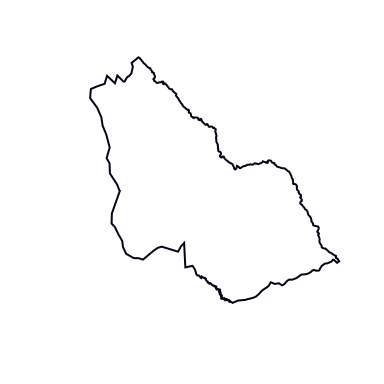 Guruve, Mashonaland Central, Zimbabwe (Equal Earth projection), rotated 143°
{"feature_id": "62879985B94788523957313", "entity_name": "Guruve", "entity_type": "district", "adm_level": 2, "iso_a3": "ZWE", "parent_name": "Zimbabwe", "parent_adm1": "Mashonaland Central", "projection": "equal_earth", "projection_center": [30.574, -16.701], "detail": "fine", "context": "isolated", "style": "outline", "palette": "ink", "viewbox_px": 384, "rotation_deg": 143, "n_neighbors": 0, "source": "geoboundaries", "source_scale": "gbopen_adm2", "svg_char_len": 5995}
<svg xmlns="http://www.w3.org/2000/svg" viewBox="0 0 384 384"><g transform="rotate(143 192 192)"><path d="M226.4,79.1L220.4,77.5L213.9,73.5L212.2,73.1L210.3,72.1L206.1,70.5L203.7,70.0L199.5,70.3L196.5,71.0L194.0,71.1L188.6,70.8L187.0,71.0L183.4,72.5L181.3,68.8L177.5,66.8L176.4,63.4L176.0,63.2L174.4,62.9L172.7,63.0L171.4,63.4L169.9,63.7L167.7,63.7L166.3,63.0L165.1,61.9L164.2,61.5L160.5,60.4L154.2,60.2L150.7,57.9L148.1,56.9L146.3,56.7L144.6,56.6L143.6,56.9L142.8,56.6L141.9,56.7L141.0,55.7L140.5,54.7L138.4,53.1L137.7,52.9L136.8,53.2L134.9,54.2L132.8,54.9L130.9,54.9L129.0,54.8L126.6,53.5L122.8,52.6L121.8,52.6L120.1,53.1L119.6,52.4L119.1,50.4L119.0,48.6L118.7,48.1L116.1,48.1L116.2,49.7L115.8,51.1L116.4,51.8L116.7,52.8L116.0,53.9L115.5,54.2L115.5,54.5L116.4,55.8L117.6,59.7L118.5,61.0L119.4,66.4L120.0,66.8L121.2,68.5L121.5,69.1L121.6,69.9L120.7,71.5L120.6,74.4L120.2,75.6L118.4,77.6L117.7,79.3L117.2,81.6L116.7,82.1L116.0,82.1L115.6,82.5L115.7,83.6L116.0,84.3L115.8,85.0L114.7,85.3L113.7,85.9L112.5,86.9L112.2,87.4L112.2,88.7L114.8,91.7L115.1,92.4L115.0,93.0L114.3,94.1L114.3,96.8L113.4,97.9L112.8,99.7L112.6,99.9L112.6,102.3L112.8,103.2L112.8,103.9L112.1,105.4L111.4,107.8L111.5,108.8L112.0,110.1L111.8,112.4L112.0,114.8L111.9,116.0L112.3,116.6L112.4,117.6L112.2,118.0L111.3,118.8L110.5,119.0L109.6,118.8L109.0,119.8L108.8,120.7L109.0,122.6L108.8,122.7L107.7,122.8L106.9,124.0L106.8,124.6L107.4,125.7L107.4,126.2L107.0,126.9L107.1,127.7L106.4,128.5L106.7,130.7L106.3,131.6L104.7,133.4L104.5,134.0L104.5,135.4L104.8,136.2L106.2,137.3L106.2,137.9L105.5,138.6L104.4,140.8L103.8,141.4L103.9,142.8L103.5,144.1L103.0,145.0L102.2,149.7L102.7,150.7L103.5,154.2L103.9,155.3L104.4,155.5L106.0,157.2L107.4,159.3L107.9,159.8L108.2,160.4L108.8,161.0L108.9,161.5L108.7,163.0L109.4,164.1L109.4,164.5L108.8,165.6L110.2,167.0L110.3,168.3L110.1,169.1L110.2,169.6L111.1,170.6L112.3,171.3L113.3,171.0L113.7,169.9L114.4,169.9L115.1,170.7L115.3,171.5L116.8,173.4L116.9,173.8L118.0,173.5L119.0,173.5L120.7,174.0L122.1,174.2L122.5,174.6L123.5,176.0L124.0,176.1L124.5,177.2L126.8,177.2L127.7,177.8L128.7,179.0L129.4,179.1L131.5,180.5L133.8,180.7L135.0,181.5L135.9,181.7L139.2,182.0L139.5,182.5L139.6,184.0L140.4,185.8L141.7,184.6L142.9,184.0L143.6,183.9L144.2,184.4L144.3,185.1L143.5,186.9L143.0,190.0L143.7,191.7L144.3,192.5L145.6,197.6L145.8,199.7L145.3,200.7L145.3,201.1L145.7,201.7L146.5,202.0L147.5,201.6L147.9,202.1L148.1,202.5L148.2,203.6L147.6,204.3L146.6,204.6L145.6,205.3L145.4,205.7L145.3,206.7L145.4,207.4L146.1,208.0L146.3,209.1L145.1,210.6L144.9,211.1L144.9,211.6L144.4,212.0L143.7,212.9L143.6,213.6L142.9,214.2L142.6,215.3L142.5,216.9L141.8,218.3L140.7,219.8L139.9,221.4L139.0,221.7L138.5,222.2L138.1,223.5L137.7,224.2L137.0,226.3L136.3,226.8L136.0,227.3L135.4,227.6L135.3,228.0L135.7,229.1L135.6,229.9L136.3,230.2L136.6,230.6L136.7,232.3L137.9,233.2L139.1,233.7L139.2,234.7L138.9,236.7L139.2,237.4L140.4,237.3L141.0,238.2L141.6,243.8L141.0,243.8L140.8,244.8L141.4,245.4L142.4,245.3L142.9,245.1L143.3,245.7L143.3,246.0L142.7,247.3L142.8,247.9L143.2,248.4L145.3,250.2L145.9,250.3L146.2,250.1L146.4,250.5L146.4,251.4L147.0,252.5L146.9,253.3L145.9,255.2L146.0,256.4L146.7,257.0L146.7,257.4L146.1,257.9L145.9,259.0L145.4,259.1L145.2,259.3L145.4,259.9L146.1,260.3L146.8,262.5L146.8,263.6L147.4,265.0L147.3,267.1L147.1,268.0L147.3,270.0L147.0,271.3L147.1,273.2L146.7,274.3L146.8,278.3L146.8,278.7L145.7,279.4L145.5,279.9L146.1,281.5L146.2,282.8L146.5,283.7L146.5,284.6L146.1,285.8L146.5,286.4L147.1,286.8L147.9,288.1L147.9,293.2L148.1,294.7L148.3,295.0L149.6,295.0L149.9,295.5L149.9,296.1L149.1,296.3L148.8,296.7L148.7,297.5L149.5,298.3L150.3,298.2L153.0,299.6L154.3,300.0L154.7,301.2L154.8,302.6L155.4,303.5L155.3,303.8L154.9,304.3L154.9,305.4L152.7,305.8L152.3,306.1L151.7,307.4L151.5,308.9L151.1,309.2L150.8,310.0L150.9,310.6L151.4,310.8L151.8,311.6L151.4,312.4L151.2,313.2L151.2,314.0L151.4,314.7L151.2,315.0L151.2,315.4L150.8,315.8L150.8,316.0L151.6,316.8L152.4,319.3L152.5,321.9L153.0,323.9L153.0,326.1L153.2,326.8L153.1,327.7L152.9,328.2L153.3,329.4L153.1,330.6L153.8,331.8L162.6,331.4L163.8,327.7L169.0,323.2L172.8,322.4L173.5,322.7L175.1,322.6L179.3,320.8L179.9,321.0L180.3,321.7L181.5,329.9L188.1,325.2L189.9,335.9L196.7,331.0L204.4,333.5L210.6,335.1L213.5,332.2L216.9,328.1L217.0,316.5L219.4,306.3L223.5,298.7L225.8,289.7L231.0,277.0L239.8,270.5L240.6,264.5L246.4,256.2L247.3,243.0L249.2,236.3L249.1,236.2L268.9,223.1L275.2,215.2L274.6,210.8L276.2,202.9L277.2,194.8L280.2,189.7L281.8,182.3L278.3,174.3L274.5,171.3L271.8,167.5L258.4,168.2L253.0,168.0L249.1,166.6L239.0,152.7L233.7,155.2L229.0,156.0L242.7,135.8L236.0,132.7L236.3,128.5L236.8,126.8L237.7,124.7L238.0,123.2L238.0,122.2L236.7,121.1L236.7,118.8L236.4,118.2L236.4,117.6L236.1,117.6L235.1,118.6L234.8,117.7L234.5,116.5L233.7,116.0L233.5,115.8L233.6,114.8L233.2,114.8L233.1,114.3L233.7,113.6L233.9,113.0L233.4,110.9L233.9,110.3L233.9,110.1L233.5,109.9L233.3,109.5L233.2,109.1L233.4,108.5L233.4,108.3L232.7,107.9L232.5,108.4L232.2,108.2L232.0,107.2L232.0,106.3L231.8,105.8L231.9,105.3L231.4,104.7L231.3,104.2L230.8,104.2L230.7,103.9L230.8,103.1L230.2,103.1L229.7,102.4L229.6,101.6L230.5,101.1L230.3,100.2L230.5,100.1L230.9,100.4L231.0,100.3L230.8,99.0L230.4,99.0L230.0,99.4L229.6,98.7L229.1,98.4L228.9,97.5L228.4,97.1L228.5,96.9L229.0,96.5L229.2,95.8L229.5,96.0L229.7,96.9L230.1,96.2L230.4,96.2L230.6,95.6L230.5,95.2L229.9,95.5L229.6,95.3L229.6,94.8L230.8,94.6L230.8,94.4L230.3,93.9L230.3,93.7L230.8,93.6L230.5,92.9L230.8,92.8L231.0,93.1L231.3,93.1L231.2,92.5L230.5,92.2L230.7,90.9L231.0,90.7L231.2,91.6L231.5,91.5L232.2,90.2L232.7,89.7L232.8,89.3L232.5,88.8L232.0,88.5L231.2,89.0L231.2,88.6L231.5,88.1L231.4,87.7L230.1,87.8L230.0,87.1L230.4,87.2L230.3,86.3L230.7,86.0L230.7,85.7L229.1,86.0L228.6,85.6L228.7,85.2L229.2,85.1L229.3,84.7L228.7,84.3L228.5,83.7L227.9,83.7L227.9,83.1L227.3,83.0L227.2,82.3L227.4,82.2L228.0,82.3L228.2,81.9L228.0,81.5L227.6,81.4L226.8,80.6L226.4,79.1Z" fill="none" stroke="#020617" stroke-width="2"/></g></svg>